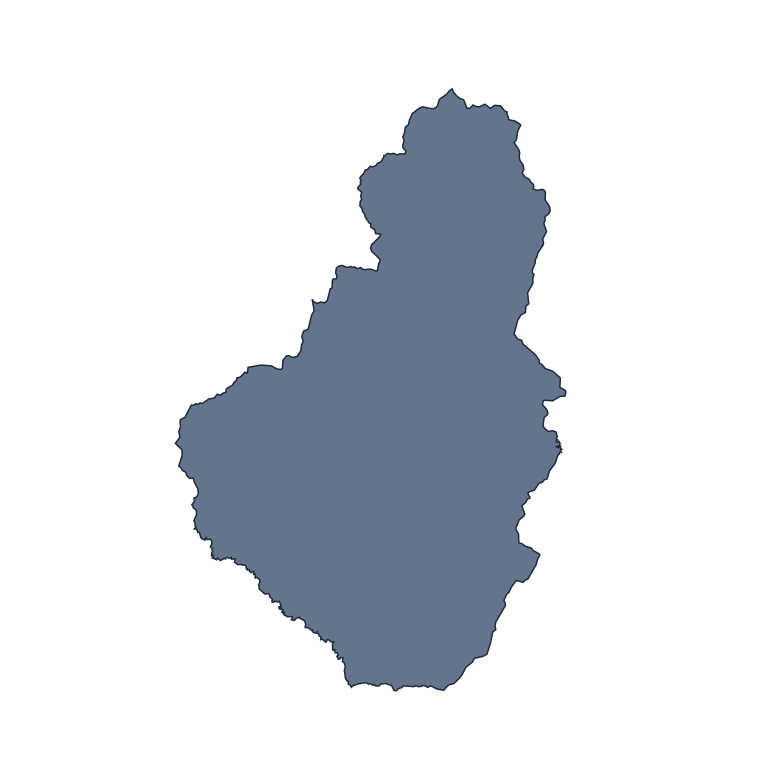 outline of Mae Suai, Chiang Rai, Thailand, rotated 13°
{"feature_id": "78962969B62426032624456", "entity_name": "Mae Suai", "entity_type": "district", "adm_level": 2, "iso_a3": "THA", "parent_name": "Thailand", "parent_adm1": "Chiang Rai", "projection": "natural_earth1", "projection_center": [99.446, 19.72], "detail": "fine", "context": "isolated", "style": "filled", "palette": "slate", "viewbox_px": 768, "rotation_deg": 13, "n_neighbors": 0, "source": "geoboundaries", "source_scale": "gbopen_adm2", "svg_char_len": 6146}
<svg xmlns="http://www.w3.org/2000/svg" viewBox="0 0 768 768"><g transform="rotate(13 384 384)"><path d="M230.7,553.4L229.5,560.2L231.4,562.2L231.8,564.9L233.1,565.7L231.8,567.9L234.3,567.6L235.9,570.6L236.8,570.0L237.7,570.5L240.2,575.1L242.2,576.0L244.7,576.3L245.0,573.7L246.8,575.4L249.7,574.2L251.7,576.1L252.2,578.8L251.4,581.8L253.7,582.8L253.7,584.3L254.7,585.8L254.0,587.4L254.4,589.7L255.0,590.3L255.7,589.5L255.9,592.0L256.7,591.3L257.8,592.6L258.5,592.2L260.3,593.0L261.0,591.1L264.3,592.9L267.4,590.0L268.9,590.1L269.9,588.3L273.2,588.4L274.2,587.4L274.9,589.0L278.4,587.8L278.5,591.3L282.0,592.9L285.8,591.9L287.4,592.4L288.6,591.5L290.2,592.2L291.7,595.4L292.5,594.8L293.1,595.9L294.8,595.4L295.1,596.9L297.0,597.6L299.2,596.0L299.8,598.9L301.4,598.5L302.2,602.0L303.4,601.0L306.8,602.5L307.7,605.0L307.0,607.6L308.6,611.9L315.2,615.5L318.6,614.2L320.2,615.4L320.3,617.0L323.9,618.9L323.6,621.4L325.2,621.7L327.0,620.1L328.9,620.5L330.9,619.3L333.9,623.7L333.8,625.0L333.2,624.2L331.7,624.7L332.6,626.7L336.3,626.7L335.8,629.3L337.0,629.9L337.3,628.8L338.2,628.8L337.8,630.4L339.2,632.0L340.2,631.4L342.0,632.6L346.7,631.3L347.5,632.3L346.7,634.6L349.8,634.6L351.2,632.0L354.2,630.3L354.8,631.2L360.0,632.7L361.7,635.7L361.9,638.9L365.5,638.7L368.5,640.2L369.6,639.6L369.7,640.9L371.1,642.0L373.5,642.2L374.9,640.4L375.3,641.9L376.4,642.2L377.6,644.2L379.4,644.5L379.8,647.4L381.2,646.4L385.2,648.7L386.0,648.1L385.5,646.6L386.0,646.1L387.6,645.7L391.1,647.4L392.9,646.7L392.5,649.7L393.7,654.3L394.4,654.9L395.4,653.8L397.1,657.0L399.0,656.4L400.4,658.8L399.3,659.8L401.3,662.4L402.7,662.0L403.5,660.1L405.6,660.1L405.9,663.9L407.6,664.3L409.9,668.0L409.7,671.7L412.7,679.4L414.6,681.5L416.2,681.9L416.6,684.5L418.4,684.7L420.5,686.9L421.9,684.3L422.7,684.5L425.5,682.4L432.0,679.6L434.3,679.1L436.2,680.0L438.0,679.1L441.1,680.0L442.5,679.1L444.0,680.1L447.2,679.2L448.4,677.1L453.0,675.4L459.3,676.2L462.4,680.1L463.9,680.4L465.4,679.8L466.9,677.3L469.2,676.1L471.0,673.7L480.6,672.3L483.3,670.7L485.5,671.2L488.7,670.1L489.3,669.0L492.6,668.9L494.6,669.8L497.7,667.6L504.3,669.3L511.0,669.0L514.6,662.7L519.5,660.2L523.4,654.1L525.5,649.8L527.6,641.5L532.9,634.8L533.8,630.9L542.0,627.0L545.1,623.9L546.0,612.2L545.8,601.1L548.2,598.2L546.5,594.5L546.5,590.5L552.1,572.8L551.7,570.7L549.5,567.9L551.0,560.8L552.5,559.2L554.0,552.7L557.1,545.7L564.1,546.0L565.7,543.3L568.1,541.7L572.9,525.7L573.1,519.9L574.3,515.7L573.7,514.7L567.0,512.7L564.5,510.7L558.4,510.3L554.5,508.6L551.1,508.3L548.8,499.7L545.6,496.6L544.9,494.3L546.3,486.1L549.8,481.4L550.5,479.2L545.6,471.5L548.6,467.9L549.7,463.8L551.8,462.6L551.5,461.3L549.2,459.1L548.9,457.0L554.5,453.5L557.2,445.9L560.3,444.3L561.4,441.7L564.3,439.6L564.8,431.4L568.6,422.9L569.4,414.3L570.4,412.9L570.5,411.3L572.2,410.7L570.7,409.1L572.0,407.6L570.4,407.1L570.1,404.9L567.9,407.0L566.0,406.2L568.7,404.5L569.0,402.3L567.2,400.4L566.2,402.0L564.9,401.6L564.7,400.4L565.7,399.4L564.0,398.6L564.6,396.1L562.3,392.0L558.9,391.6L554.7,393.3L550.3,391.0L548.4,389.0L547.6,380.7L550.1,377.3L550.2,375.7L548.8,372.7L543.1,368.5L542.9,365.3L543.3,364.1L544.7,363.6L552.2,362.4L558.3,356.5L563.0,355.2L563.1,350.8L561.8,349.4L556.1,347.6L554.5,338.5L545.7,333.6L537.7,332.7L533.5,329.5L530.5,328.5L529.8,326.0L525.3,321.7L510.5,313.8L508.2,310.4L504.3,310.2L499.5,305.9L499.9,292.2L501.9,285.8L505.7,282.6L504.7,276.1L507.0,273.3L503.4,262.8L506.4,252.3L505.3,247.7L505.4,243.4L503.4,242.1L502.9,239.1L504.1,232.1L503.4,229.2L504.4,225.6L504.4,222.0L507.8,212.4L507.8,210.8L506.0,207.0L508.1,198.8L503.7,191.9L504.1,188.0L503.2,185.0L506.5,180.6L506.9,177.3L505.4,174.0L499.5,168.2L498.2,161.1L496.9,159.2L494.2,158.8L489.3,160.9L485.4,160.4L485.4,157.1L484.6,155.8L481.3,154.1L479.3,151.7L475.2,150.9L471.6,147.8L471.2,146.7L472.0,143.8L470.4,139.4L466.2,135.6L464.6,132.3L464.2,128.1L462.8,125.6L456.5,119.5L458.1,116.3L457.4,107.8L458.9,101.1L458.0,100.2L452.5,98.3L446.0,98.4L445.1,95.7L443.1,93.6L442.9,91.3L440.3,90.8L434.9,86.7L429.1,87.6L425.7,91.5L419.3,88.7L414.6,92.5L411.0,92.9L408.0,92.1L405.6,96.1L402.8,96.7L398.0,89.6L396.4,88.8L393.9,88.9L390.2,87.1L385.7,83.7L384.0,81.1L381.6,83.6L380.3,87.0L373.9,94.3L373.4,101.1L372.4,103.1L369.5,104.9L359.0,105.3L355.4,108.4L350.7,114.3L349.4,121.4L349.5,125.8L347.1,128.8L347.4,135.8L346.8,139.1L348.8,142.3L348.6,147.2L349.4,149.7L353.0,152.2L352.5,155.2L347.5,156.2L345.2,157.8L341.5,157.1L338.4,158.5L335.4,158.5L333.6,161.3L332.4,161.5L332.8,162.9L330.9,168.5L328.0,170.3L327.0,173.0L324.1,175.1L321.6,174.9L319.4,178.9L317.5,179.7L317.1,182.9L314.3,187.8L314.3,189.4L316.1,190.6L315.4,192.9L316.5,194.2L314.4,198.3L314.5,199.8L319.1,202.1L319.0,205.9L320.6,209.2L319.8,211.5L320.4,215.8L323.2,218.1L323.9,220.3L326.9,222.9L327.9,225.3L333.3,230.5L334.9,230.7L335.7,234.0L340.4,236.0L341.9,239.2L347.1,238.9L346.8,241.1L340.6,251.2L340.3,254.5L342.2,257.5L351.4,263.0L352.6,264.5L351.8,267.6L352.0,275.1L350.8,275.7L344.9,275.1L338.9,277.0L337.0,277.0L335.3,275.7L331.8,277.7L328.9,276.5L327.5,277.6L325.4,276.9L322.2,278.7L316.3,277.9L313.3,279.5L311.6,281.8L311.6,283.7L311.9,286.6L313.8,289.3L314.1,291.4L313.8,292.2L311.0,293.1L310.4,294.4L311.7,302.0L310.2,303.5L310.0,315.5L307.8,318.2L303.8,318.4L300.7,320.6L296.9,319.5L294.9,317.6L299.5,328.2L298.0,332.9L297.8,347.7L293.8,350.5L293.2,354.8L293.5,356.9L295.7,360.3L294.9,364.1L295.4,370.3L293.2,376.7L289.2,378.5L284.6,377.9L282.6,378.6L280.2,383.6L281.4,391.3L280.5,392.9L276.8,393.5L270.1,391.7L260.0,393.2L247.8,398.3L248.4,404.0L245.5,403.8L244.9,405.8L242.1,409.8L239.4,411.0L239.3,413.7L237.3,416.6L236.6,419.2L231.6,424.0L231.6,427.8L228.6,429.6L227.7,431.5L223.8,431.5L221.7,435.9L216.8,437.9L211.3,443.9L209.0,443.8L207.5,445.6L204.8,445.7L203.5,447.4L201.0,447.8L197.6,461.1L193.7,464.6L193.8,467.2L195.4,471.1L194.8,476.8L197.1,481.7L194.1,488.8L202.0,493.6L203.3,499.0L202.5,510.3L205.1,511.3L206.6,513.3L210.9,514.8L212.1,517.3L215.5,519.6L219.2,518.7L222.0,523.3L226.1,527.6L227.9,533.4L226.4,536.6L224.5,538.0L225.7,541.0L223.9,544.9L225.5,546.0L225.8,547.4L229.5,549.2L230.7,553.4Z" fill="#64748b" stroke="#1e293b" stroke-width="1.5"/></g></svg>